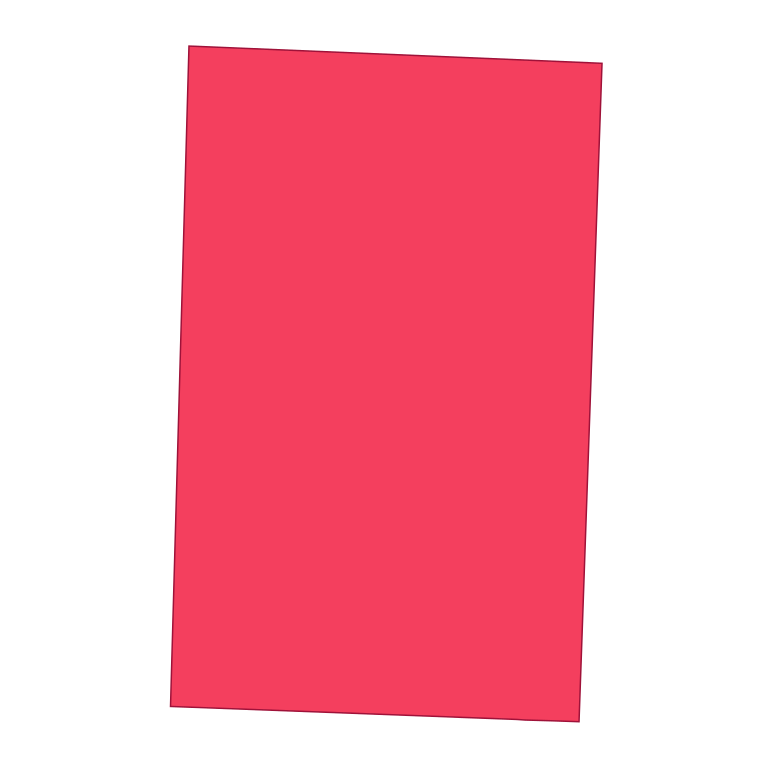 Oldham, Texas, United States of America (Natural Earth projection), rotated 272°
{"feature_id": "52423323B29026545860806", "entity_name": "Oldham", "entity_type": "district", "adm_level": 2, "iso_a3": "USA", "parent_name": "United States of America", "parent_adm1": "Texas", "projection": "natural_earth1", "projection_center": [-102.75, 35.405], "detail": "fine", "context": "isolated", "style": "filled", "palette": "rose", "viewbox_px": 768, "rotation_deg": 272, "n_neighbors": 0, "source": "geoboundaries", "source_scale": "gbopen_adm2", "svg_char_len": 273}
<svg xmlns="http://www.w3.org/2000/svg" viewBox="0 0 768 768"><g transform="rotate(272 384 384)"><path d="M54.3,181.9L53.4,528.5L53.1,536.7L53.3,564.0L53.3,590.7L712.1,590.7L714.9,184.2L714.9,177.3L54.3,181.9Z" fill="#f43f5e" stroke="#9f1239" stroke-width="1.5"/></g></svg>